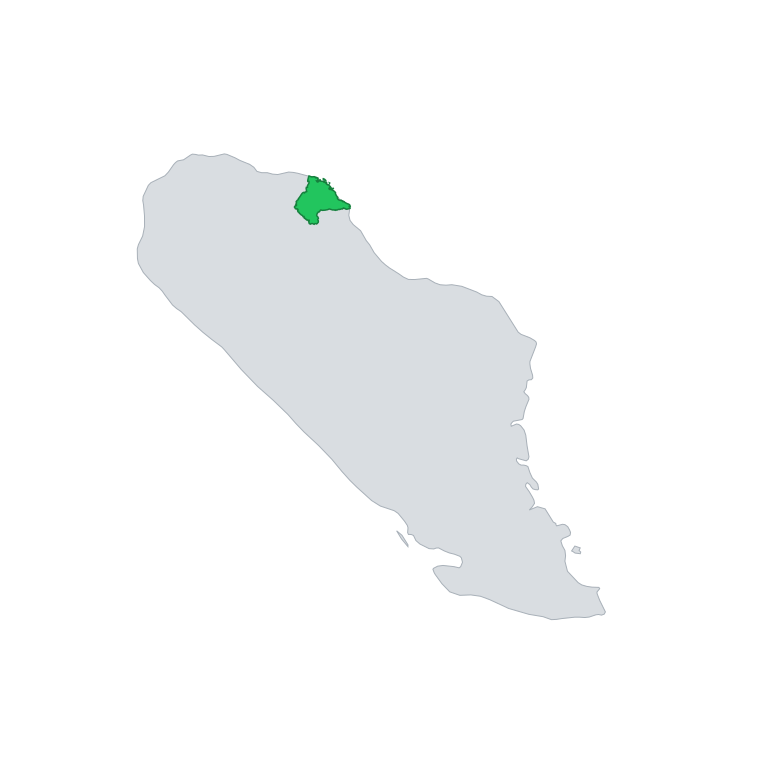 location of Morombe, Atsimo-Andrefana, Madagascar, rotated 116°
{"feature_id": "10022922B72547257848133", "entity_name": "Morombe", "entity_type": "district", "adm_level": 2, "iso_a3": "MDG", "parent_name": "Madagascar", "parent_adm1": "Atsimo-Andrefana", "projection": "albers", "projection_center": [43.782, -21.873], "detail": "fine", "context": "in_parent", "style": "filled", "palette": "green", "viewbox_px": 768, "rotation_deg": 116, "n_neighbors": 0, "source": "geoboundaries", "source_scale": "gbopen_adm2", "svg_char_len": 8683}
<svg xmlns="http://www.w3.org/2000/svg" viewBox="0 0 768 768"><g transform="rotate(116 384 384)"><path d="M505.9,101.2L507.8,105.9L510.0,110.4L516.9,121.4L519.9,125.7L522.4,130.2L523.4,139.0L527.5,152.8L531.1,173.5L531.5,194.5L532.5,204.3L535.5,213.5L540.7,223.2L542.0,233.8L538.1,244.4L532.8,254.4L531.5,256.3L529.1,258.8L528.0,258.7L524.2,255.9L521.2,251.4L517.5,241.1L516.3,235.9L514.6,235.0L509.8,235.3L506.3,238.3L505.6,240.3L506.1,246.1L507.2,251.3L507.6,256.5L507.4,263.1L508.6,265.2L510.4,266.9L512.2,271.3L512.1,281.6L510.7,286.7L507.2,291.1L507.3,293.5L508.5,296.1L507.2,297.6L502.7,299.4L500.9,301.0L498.3,305.4L494.1,314.6L493.4,319.3L495.3,333.8L494.2,344.0L488.6,363.3L485.5,372.5L481.1,383.4L474.5,397.9L467.9,416.0L462.2,434.8L458.1,446.0L453.5,457.0L447.1,476.7L441.6,496.6L433.6,518.5L423.0,542.9L421.8,546.1L419.4,558.6L416.9,569.5L413.9,580.2L407.9,598.0L407.1,603.5L405.7,608.7L400.1,619.8L397.8,623.9L396.1,628.3L395.1,633.9L393.4,639.3L389.3,649.2L383.3,657.6L379.3,660.6L370.7,665.0L366.4,665.8L356.8,665.8L347.5,668.2L337.8,673.0L328.5,678.6L324.9,681.2L320.9,682.7L308.7,682.9L305.1,681.7L292.9,672.2L288.1,670.7L279.2,669.3L276.4,668.5L274.0,667.3L270.3,662.4L263.1,658.3L261.4,657.0L260.3,654.1L259.6,651.1L257.7,647.6L256.3,641.1L253.9,636.5L247.2,628.4L246.5,625.9L246.0,617.3L246.2,611.5L245.5,600.9L246.3,595.9L248.6,591.4L247.7,586.5L245.2,581.4L244.2,576.1L242.3,571.3L235.3,562.6L233.6,558.3L232.4,553.9L229.7,540.1L229.4,535.3L229.7,525.2L230.7,519.9L232.4,516.3L232.8,513.6L234.0,511.2L235.6,509.4L236.8,507.1L239.4,494.1L242.8,491.2L247.8,489.6L251.9,486.2L254.2,481.6L256.5,472.2L262.9,462.8L265.2,457.9L270.3,450.4L274.9,440.0L276.3,435.0L277.3,430.0L278.5,418.9L279.4,413.4L279.3,407.9L276.7,402.3L270.4,392.1L270.2,390.2L270.8,382.6L270.2,377.1L268.0,371.6L265.0,366.5L262.1,356.9L260.7,341.0L261.0,335.3L260.1,330.2L258.0,325.3L259.6,316.8L278.6,286.1L279.3,282.5L278.5,273.1L278.9,267.7L279.6,265.7L281.1,264.5L284.3,264.0L299.8,262.7L301.8,261.8L305.7,259.2L311.0,254.3L313.4,252.9L315.5,253.4L316.8,255.6L318.6,256.7L324.8,254.5L327.2,254.5L329.7,254.9L330.8,252.8L331.5,250.0L332.5,248.1L334.2,247.0L342.2,246.5L347.3,245.8L354.0,243.9L355.4,244.3L360.7,251.4L362.3,252.0L364.4,252.4L366.2,251.1L361.9,247.4L361.3,245.3L361.6,242.9L364.0,237.9L367.9,234.1L376.7,228.4L385.9,221.8L388.5,221.4L390.7,222.5L392.2,230.6L392.0,231.9L393.4,232.1L395.1,231.1L396.7,227.9L396.8,225.3L395.6,222.7L395.1,220.5L395.1,218.5L399.8,213.9L403.5,209.4L405.3,204.1L406.8,201.7L410.6,199.0L411.7,199.4L412.6,201.7L413.0,204.1L412.0,206.5L410.5,208.8L409.9,212.0L412.0,212.6L414.0,211.9L417.1,206.3L420.6,201.0L422.7,198.3L425.3,196.4L429.5,196.9L433.6,198.2L427.0,192.3L425.6,184.5L433.9,171.3L434.0,168.5L435.2,167.7L435.8,166.6L431.8,162.0L431.1,159.7L431.7,156.3L433.8,153.3L435.6,151.3L438.2,150.5L440.2,151.8L444.5,155.6L447.5,156.3L451.2,152.8L454.3,148.4L458.8,145.5L464.0,143.7L471.9,137.0L477.4,122.5L477.9,118.2L477.0,113.0L475.4,108.0L472.6,101.7L473.4,100.4L477.6,101.4L479.1,100.5L483.9,95.3L491.8,85.1L494.3,85.2L496.4,87.2L497.1,90.1L498.5,92.3L503.5,97.4L505.9,101.2ZM451.8,140.6L451.8,142.2L446.0,141.4L445.3,135.8L448.1,135.7L448.8,133.5L450.5,133.2L452.2,138.2L451.8,140.6ZM515.6,300.3L510.4,308.3L512.1,301.5L518.1,291.9L519.7,291.2L515.6,300.3Z" fill="#d9dde1" stroke="#a8b0b8" stroke-width="1"/><path d="M270.9,516.7L270.7,516.7L270.1,516.4L269.9,515.9L269.8,515.4L269.6,515.1L269.7,514.9L269.4,514.6L269.1,514.4L268.8,514.4L268.4,514.2L268.1,514.2L267.7,514.1L267.4,514.0L266.8,514.2L266.1,514.6L265.8,515.0L265.7,515.3L265.3,515.7L264.6,515.7L264.2,515.6L263.8,515.6L263.3,516.2L262.8,516.8L262.6,517.3L262.5,517.8L262.4,518.0L262.0,518.4L261.4,518.6L259.9,518.8L258.7,518.5L258.3,518.5L258.1,518.4L258.0,518.0L257.9,517.9L257.6,517.6L257.2,517.5L256.5,517.4L255.8,517.4L255.5,517.3L255.2,516.9L255.2,516.5L254.8,515.2L254.2,514.3L253.6,513.2L252.6,511.9L252.1,511.2L251.6,510.7L251.2,510.4L250.7,509.9L250.4,508.4L250.1,506.5L249.6,505.6L249.4,504.7L249.0,504.4L249.2,503.9L248.7,503.5L248.4,503.1L248.4,502.6L247.1,501.6L246.9,500.9L246.8,500.7L246.6,500.7L246.2,499.9L245.9,499.6L245.7,499.4L245.3,499.2L245.1,498.7L245.1,498.3L245.0,498.2L244.5,498.1L244.0,497.8L243.8,497.8L243.5,497.6L243.5,497.4L243.8,497.1L243.4,496.4L243.3,496.2L243.3,495.9L243.4,495.5L243.4,495.1L243.5,495.1L243.4,494.7L243.4,494.4L243.1,493.9L242.4,493.0L241.8,492.5L241.7,492.2L241.3,491.6L241.0,491.5L240.7,491.8L239.9,492.2L239.9,493.0L239.7,493.1L239.5,492.4L239.5,492.2L239.4,492.1L239.2,492.3L238.9,492.5L238.4,492.9L238.3,493.2L238.0,493.5L237.8,494.7L237.9,495.0L238.0,496.0L238.0,496.6L238.0,498.0L237.9,498.9L237.6,499.6L237.6,499.8L237.8,499.7L238.0,499.5L237.8,500.1L237.7,500.4L237.7,500.8L237.8,500.9L237.9,501.0L237.6,501.1L237.6,501.3L237.6,501.5L237.7,502.0L237.6,502.6L237.9,502.6L238.0,502.7L238.0,502.8L237.8,502.9L237.8,503.1L238.2,504.1L238.3,504.5L238.2,505.5L238.3,505.7L238.2,505.8L237.9,506.9L237.8,507.0L237.6,507.0L237.3,507.4L237.0,507.5L236.7,507.6L236.7,507.3L236.4,507.4L236.3,508.1L235.8,509.0L235.5,509.3L235.2,509.9L234.7,510.6L233.8,511.3L233.2,511.5L233.0,511.9L232.9,512.2L232.9,512.4L232.4,513.9L232.4,516.2L232.3,516.9L232.2,517.1L232.3,517.3L232.6,517.4L232.8,517.7L232.9,518.2L232.9,518.6L232.6,518.9L232.5,518.7L232.4,518.6L231.9,519.1L231.6,519.1L231.6,518.7L231.5,518.2L231.5,517.6L231.3,517.3L231.3,516.9L231.2,516.8L231.0,517.2L231.0,517.5L230.8,517.9L230.9,518.1L230.7,517.8L230.6,518.0L230.5,518.4L230.1,518.7L230.2,519.0L229.9,519.3L229.8,520.0L229.7,520.2L229.5,520.6L229.4,521.3L229.3,521.5L229.5,521.7L229.6,521.9L229.5,522.0L229.7,522.4L229.6,522.8L229.4,523.3L229.2,523.4L229.2,523.8L229.1,524.0L228.9,524.2L228.9,524.3L228.7,524.6L228.7,524.9L228.6,525.2L228.6,525.4L228.5,525.8L228.6,526.0L228.5,526.3L228.4,526.3L228.5,526.4L228.6,526.6L228.6,526.8L228.7,526.5L228.9,526.5L228.8,526.9L228.8,527.0L228.7,527.1L228.4,527.4L228.7,527.9L228.8,528.1L228.8,528.4L229.1,528.8L229.5,530.0L229.5,530.9L229.3,531.1L229.3,531.3L231.0,531.7L231.4,532.0L231.6,532.3L231.6,532.7L231.5,533.0L231.0,533.7L230.8,533.2L230.5,533.0L229.1,532.9L228.6,533.0L228.5,533.3L228.5,533.5L228.1,533.6L228.2,533.9L228.1,534.0L227.9,534.1L228.1,534.6L227.9,534.8L227.9,535.0L228.0,535.0L228.4,535.2L228.5,535.4L228.6,535.6L228.6,535.9L228.5,536.1L228.1,536.4L228.3,536.8L228.2,537.5L229.1,539.1L229.3,539.3L229.5,539.5L229.5,540.0L229.7,540.6L229.7,540.9L229.9,542.6L231.2,542.5L233.1,542.1L234.4,541.8L235.1,541.5L235.4,541.2L234.8,540.3L235.0,540.1L235.3,539.9L235.9,539.7L236.6,539.5L237.7,539.6L238.4,539.7L239.4,539.7L240.1,539.4L240.8,539.0L241.3,540.0L242.4,539.7L243.2,539.1L244.2,538.5L244.5,538.2L244.8,538.0L244.9,537.8L245.0,537.8L246.1,539.1L246.9,539.1L247.1,539.2L247.0,540.2L247.1,540.4L248.1,541.0L248.9,541.2L250.7,541.5L251.2,541.5L253.9,541.9L254.8,542.2L255.0,542.1L255.4,542.1L255.5,542.0L255.7,541.9L256.0,542.1L256.4,542.1L257.1,542.6L257.8,542.6L258.4,542.9L258.5,542.9L259.0,542.6L259.2,542.2L259.5,542.2L260.0,542.0L260.3,542.1L260.8,541.5L261.0,541.5L261.3,541.7L261.4,541.2L261.6,541.0L262.1,541.0L262.3,541.2L262.6,541.6L262.6,541.8L263.4,542.0L264.2,542.1L264.3,541.9L264.4,541.6L265.3,540.5L265.2,540.0L265.2,539.8L264.8,539.3L264.9,539.2L265.0,538.9L264.7,538.6L264.8,537.9L265.1,537.7L265.6,537.5L265.9,537.7L266.0,537.7L266.6,537.1L266.9,536.8L267.0,536.5L267.0,535.6L267.3,535.4L267.6,535.0L267.7,534.3L267.9,533.9L268.0,533.7L268.1,533.1L268.3,532.6L268.3,531.3L268.7,530.5L268.8,530.4L268.9,530.2L269.1,530.0L269.0,529.4L268.9,529.3L268.7,529.2L269.2,528.6L269.7,528.6L269.8,528.2L270.0,527.3L269.8,527.1L269.9,526.8L269.9,526.6L270.2,526.4L270.2,526.2L270.5,525.5L270.5,525.4L270.4,525.2L270.3,524.9L270.1,524.9L270.1,524.5L270.1,524.3L270.4,523.7L269.6,523.2L269.8,522.9L270.3,522.7L271.0,522.8L271.2,522.7L271.6,522.4L272.0,521.9L272.3,521.8L272.5,521.6L272.6,521.4L272.6,520.3L272.5,520.2L272.0,520.0L271.8,519.5L271.3,519.1L271.2,518.8L271.1,518.3L271.1,517.3L271.1,517.0L271.1,516.8L270.9,516.7ZM226.3,528.6L226.6,528.4L226.6,528.0L226.8,527.4L226.7,526.8L226.8,526.6L226.7,526.4L226.4,526.5L226.1,526.8L226.1,527.0L226.0,527.7L226.1,528.4L226.1,528.6L226.3,528.6ZM229.0,531.1L229.3,530.9L229.1,530.8L229.2,530.5L228.9,530.4L228.5,530.8L228.5,531.1L229.0,531.1ZM226.5,526.2L226.8,526.0L226.7,525.9L226.8,525.8L226.8,525.4L226.6,525.5L226.4,525.9L226.4,526.1L226.5,526.2ZM228.4,524.0L228.2,524.0L228.2,524.3L228.4,524.3L228.4,524.2L228.4,524.0ZM230.9,515.5L230.8,514.9L230.9,514.7L230.7,515.0L230.9,515.4L230.8,515.5L230.9,515.5ZM227.2,521.1L227.4,520.9L227.2,520.9L227.2,521.1ZM228.6,522.9L228.6,522.7L228.6,522.9Z" fill="#22c55e" stroke="#15803d" stroke-width="1.5"/></g></svg>